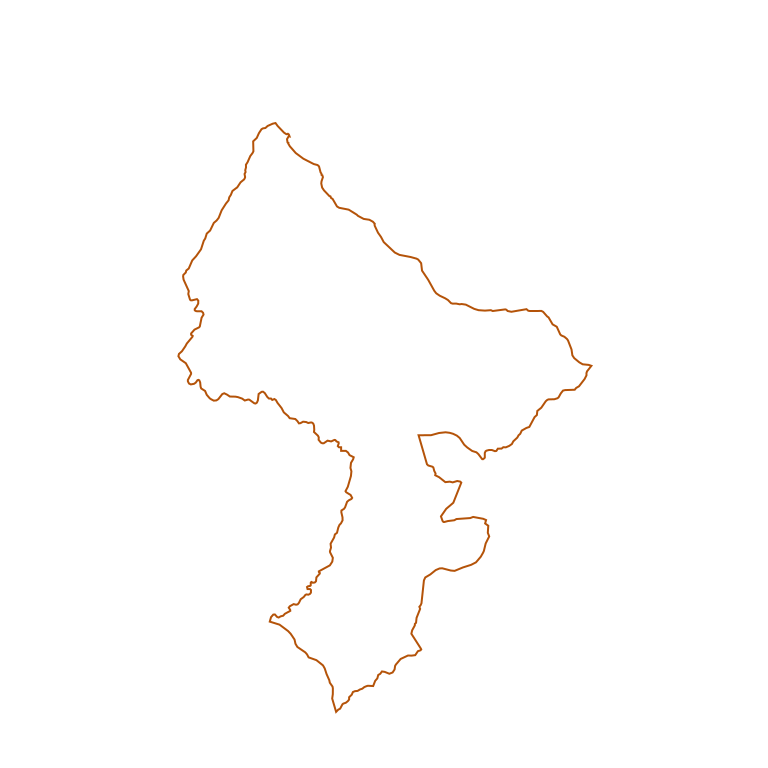 the district of Nitibe, Ambeno, East Timor, rotated 67°
{"feature_id": "22284137B96760248350473", "entity_name": "Nitibe", "entity_type": "district", "adm_level": 2, "iso_a3": "TLS", "parent_name": "East Timor", "parent_adm1": "Ambeno", "projection": "albers", "projection_center": [124.176, -9.337], "detail": "fine", "context": "isolated", "style": "outline", "palette": "amber", "viewbox_px": 768, "rotation_deg": 67, "n_neighbors": 0, "source": "geoboundaries", "source_scale": "gbopen_adm2", "svg_char_len": 6165}
<svg xmlns="http://www.w3.org/2000/svg" viewBox="0 0 768 768"><g transform="rotate(67 384 384)"><path d="M621.7,454.3L618.3,450.0L616.9,449.3L616.3,447.8L612.0,445.4L605.1,438.6L602.9,438.5L602.0,436.8L600.5,435.2L580.4,424.0L578.2,421.6L577.4,415.8L575.5,409.1L575.5,404.9L576.4,402.4L581.8,395.4L583.6,392.0L583.7,383.0L584.5,374.5L584.1,369.0L580.8,362.4L577.9,358.6L576.7,357.3L570.5,352.7L565.4,346.7L561.6,346.6L555.2,343.4L551.9,345.4L549.1,343.2L546.8,345.4L541.2,353.9L541.1,357.0L536.6,370.1L536.9,372.5L535.1,378.8L534.6,382.4L534.2,383.2L532.9,383.6L528.1,383.3L523.2,375.5L520.4,366.6L505.0,351.4L503.7,351.9L501.9,354.5L501.4,359.2L499.6,361.6L498.3,365.9L491.3,369.7L488.0,372.5L486.5,371.5L483.7,371.7L480.1,371.2L479.1,371.7L476.3,375.1L474.7,375.8L444.7,372.2L449.5,360.7L450.6,352.5L452.5,346.2L454.6,342.6L456.8,339.9L460.0,337.1L463.3,335.4L471.2,333.9L474.9,332.2L480.1,329.0L483.0,325.6L485.4,324.5L491.5,323.0L491.9,322.3L491.5,320.5L491.0,319.9L486.9,318.2L485.6,316.8L485.4,315.7L485.8,313.0L486.9,310.5L489.2,308.1L489.5,306.7L488.0,304.5L489.4,301.0L488.8,298.9L489.9,296.6L489.9,292.9L489.2,289.7L487.3,287.4L485.4,282.2L483.8,280.2L483.1,278.1L480.7,275.4L480.1,270.1L480.3,267.0L473.3,258.3L472.3,255.4L468.7,253.4L467.3,248.5L463.1,241.9L462.5,240.2L462.4,238.7L464.6,233.1L464.9,229.9L464.5,228.5L461.7,224.9L460.0,221.8L460.4,219.6L463.8,210.7L462.7,208.6L462.3,205.4L457.8,197.4L455.1,194.2L453.1,193.4L451.7,192.2L448.3,186.0L446.4,188.1L443.5,193.4L440.3,195.8L434.5,198.8L431.2,199.4L425.5,197.9L415.8,197.6L414.0,198.0L411.0,199.5L408.6,201.8L407.2,202.4L398.8,202.6L395.0,205.5L387.0,206.5L385.6,207.4L379.8,209.3L378.3,210.5L373.7,221.4L372.9,222.6L370.8,223.6L367.3,238.5L365.1,241.7L363.5,242.3L362.7,243.2L359.3,255.4L357.8,256.8L355.9,262.4L353.0,268.1L350.1,271.6L342.9,277.7L340.7,281.3L340.2,283.2L338.2,286.1L336.9,289.3L335.8,290.7L331.7,292.3L328.9,294.3L324.5,298.2L320.9,300.5L317.8,301.3L305.4,302.6L294.5,304.7L287.3,302.6L282.8,303.9L281.3,305.1L277.5,309.9L271.2,319.3L267.2,322.7L253.3,328.8L247.5,329.3L242.4,330.4L235.0,330.7L233.7,330.5L232.9,329.9L230.3,330.8L227.1,333.3L224.1,338.2L219.0,342.3L217.5,342.9L209.7,348.4L204.3,356.4L202.2,357.9L193.5,359.0L192.2,360.0L190.3,360.0L189.8,360.8L182.3,363.6L179.0,364.2L174.9,363.4L173.0,362.3L169.7,359.4L167.8,359.2L167.2,359.8L165.8,359.4L164.5,359.7L158.3,358.8L156.5,359.6L154.1,362.7L145.1,370.2L136.9,375.0L128.4,377.8L125.2,378.2L124.7,377.8L123.9,378.4L120.7,377.6L118.7,374.9L119.2,374.2L117.1,374.1L116.1,374.7L116.2,375.7L115.7,376.4L113.6,377.8L104.9,381.1L101.4,381.9L100.9,384.7L101.0,390.3L102.0,393.1L101.4,395.6L101.6,397.2L104.2,401.1L107.8,405.0L109.5,409.6L118.8,413.3L120.0,414.7L121.9,418.0L126.6,423.0L128.2,425.4L130.7,426.4L133.0,428.2L134.8,428.6L136.2,430.3L139.3,431.0L140.2,431.8L141.0,432.8L142.3,437.2L145.6,442.2L147.1,448.1L150.1,451.1L151.7,453.5L154.2,455.3L156.1,458.9L160.7,465.6L166.5,471.3L168.1,474.2L169.2,477.7L174.8,484.1L176.3,488.4L180.2,491.7L181.7,493.9L188.5,499.8L193.0,507.1L195.3,512.2L201.4,518.6L202.3,521.7L203.9,522.9L205.2,526.1L206.5,526.9L209.6,527.7L222.2,527.4L224.7,529.0L230.6,529.6L231.5,529.1L232.0,527.9L232.8,523.0L234.7,522.4L237.4,523.6L239.4,526.1L241.1,529.0L242.3,529.4L243.4,528.6L244.1,527.5L245.8,523.5L247.8,522.7L249.6,523.0L251.7,526.0L259.1,531.1L259.6,532.1L259.9,537.2L262.1,541.8L263.3,542.3L265.0,541.3L265.7,541.9L269.7,549.7L271.7,552.2L274.9,557.2L276.2,561.0L278.1,562.4L281.7,561.9L287.4,558.3L298.2,557.2L299.3,557.6L303.7,563.0L305.0,563.5L307.4,563.3L308.9,562.0L309.6,558.8L309.2,556.8L307.6,554.2L307.7,553.2L308.4,552.6L310.7,552.6L314.9,553.9L316.7,554.0L320.5,551.4L324.7,551.4L329.1,550.0L330.5,549.1L332.8,547.2L333.6,544.7L333.2,542.4L330.1,536.8L330.1,534.7L332.5,532.6L335.3,530.8L337.6,525.7L339.0,523.6L342.0,520.3L344.8,518.6L345.2,515.2L345.8,514.1L351.1,510.9L351.8,509.8L351.5,508.3L349.8,506.5L344.2,503.3L343.4,499.7L343.8,498.4L345.7,497.3L350.3,496.5L352.4,495.6L353.2,493.7L355.0,493.1L355.0,490.8L356.5,489.8L359.8,489.4L366.1,487.7L371.0,487.3L376.0,484.8L378.6,484.2L381.6,479.3L384.3,478.2L387.0,477.7L387.4,476.2L387.1,473.2L388.6,470.5L390.3,469.0L390.9,466.1L391.7,465.1L392.9,464.6L395.0,464.7L398.9,466.1L400.8,467.2L405.8,465.0L407.6,464.9L409.8,466.0L413.3,465.0L414.4,464.0L415.0,462.6L414.1,458.1L416.2,455.1L416.1,451.5L416.6,450.7L418.4,450.1L419.9,448.6L421.0,448.9L423.1,450.8L424.6,450.2L425.5,448.2L428.8,449.6L430.7,445.2L433.0,443.9L436.0,443.5L439.6,440.5L441.2,441.8L443.7,445.2L448.2,447.7L451.6,448.1L455.8,450.4L464.5,457.5L467.6,461.3L468.9,461.1L473.1,458.1L476.4,457.8L477.1,458.9L477.3,461.8L478.0,464.0L482.3,468.0L483.3,469.6L483.8,472.6L485.4,473.4L490.5,474.3L493.3,475.4L495.5,478.1L496.2,479.9L498.2,482.1L502.6,485.4L503.3,488.0L505.8,489.9L510.2,495.6L513.9,496.7L516.8,499.1L517.9,499.4L524.0,499.0L527.3,501.0L529.8,504.7L531.0,517.2L531.7,517.4L532.9,516.9L533.5,517.3L535.6,521.8L538.9,523.6L539.6,524.9L539.5,526.2L538.9,527.5L537.9,528.0L537.9,528.4L538.2,529.0L540.8,530.2L541.0,531.0L540.5,532.9L540.8,534.2L542.9,534.5L543.9,532.2L545.1,531.7L547.5,532.8L548.3,534.2L548.4,535.9L547.4,537.6L547.4,538.7L548.7,541.1L549.6,544.8L552.2,547.8L553.1,549.6L552.8,551.2L551.3,553.2L551.8,557.6L552.7,559.1L555.1,558.6L556.2,558.9L556.8,565.1L557.9,567.3L557.5,570.0L557.8,572.2L556.7,573.4L553.5,574.5L553.0,576.0L554.5,579.1L558.1,582.0L564.7,574.2L574.0,568.8L577.5,567.5L584.3,566.2L588.5,567.0L592.2,566.5L600.3,561.3L602.8,560.5L606.2,560.2L611.8,554.1L619.2,550.1L622.7,549.7L628.5,550.2L635.3,550.1L637.8,550.6L642.4,549.6L644.2,550.0L649.5,552.3L653.3,554.6L667.1,556.2L665.9,553.4L665.7,551.2L662.6,547.4L662.3,546.3L662.5,543.7L661.8,541.2L660.8,539.4L658.7,538.5L657.4,535.1L655.4,533.0L655.4,530.7L656.2,528.2L655.8,525.6L656.0,523.0L655.3,520.6L655.3,518.1L655.5,516.7L657.8,512.0L653.8,508.1L652.4,505.2L649.6,503.0L649.3,500.7L647.8,498.2L649.3,495.8L652.8,492.3L652.9,488.8L650.9,485.8L647.8,483.9L646.9,482.7L643.6,476.1L643.3,468.0L644.8,464.8L645.8,461.2L643.2,457.2L643.4,454.4L642.8,453.4L641.7,453.5L624.6,456.4L621.7,454.3Z" fill="none" stroke="#b45309" stroke-width="2"/></g></svg>